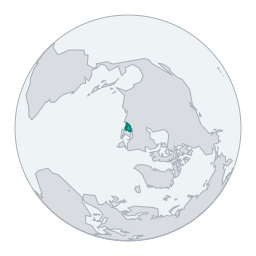 the Earth from above Maine, rotated 135°
{"feature_id": "USA-3561", "entity_name": "Maine", "entity_type": "State", "adm_level": 1, "iso_a3": "USA", "parent_name": "United States of America", "parent_adm1": "", "projection": "orthographic", "projection_center": [-68.954, 45.272], "detail": "fine", "context": "on_globe", "style": "filled", "palette": "teal", "viewbox_px": 256, "rotation_deg": 135, "n_neighbors": 0, "source": "natural_earth", "source_scale": "10m", "svg_char_len": 11512}
<svg xmlns="http://www.w3.org/2000/svg" viewBox="0 0 256 256"><g transform="rotate(135 128 128)"><circle cx="128" cy="128" r="113" fill="#eef3f6" stroke="#a8b0b8"/><path d="M120.7,240.4L122.5,240.4L120.3,240.3L120.7,239.4L123.9,238.0L125.8,230.1L123.3,228.0L114.6,224.9L104.1,214.2L106.9,210.2L104.6,207.7L112.0,201.7L110.1,194.7L107.5,193.4L104.9,195.7L96.1,189.8L93.2,183.6L67.4,165.7L65.0,161.4L65.4,156.2L59.3,133.6L60.8,152.7L57.9,147.8L56.2,140.2L57.8,139.6L57.5,129.4L55.3,123.8L57.3,111.3L65.9,99.0L66.3,102.2L68.3,99.1L68.0,94.9L67.4,93.0L74.0,78.5L74.4,66.7L70.7,65.1L74.5,64.1L65.0,62.7L62.8,58.8L67.6,62.0L69.9,61.5L69.5,58.1L71.8,56.9L72.9,54.6L75.6,53.5L78.2,55.8L80.0,55.2L79.7,52.9L82.2,50.5L82.4,54.0L86.8,50.3L92.0,53.9L90.5,65.0L95.7,67.0L100.2,78.4L102.1,76.7L105.0,80.4L108.2,79.8L108.1,82.4L110.8,79.8L110.3,77.6L111.3,75.9L113.1,75.4L113.4,78.5L112.4,79.1L113.5,79.8L112.8,81.6L114.2,80.5L114.2,84.4L117.0,79.9L119.3,82.6L118.6,85.4L115.0,85.7L104.6,93.9L102.8,97.3L103.7,101.4L113.2,107.4L112.7,111.1L114.6,115.4L116.5,113.0L115.7,108.8L119.8,105.6L118.3,101.1L119.8,99.2L119.7,94.5L123.6,94.6L127.4,97.3L127.7,101.3L129.4,102.8L132.2,98.6L135.8,106.0L143.4,111.1L143.9,113.2L139.2,117.6L131.2,118.2L125.1,124.9L133.0,120.1L134.1,125.9L135.9,126.8L138.1,126.3L139.3,124.0L140.5,126.0L133.1,131.3L131.9,129.5L134.3,127.8L130.5,128.2L125.6,132.3L126.5,135.1L118.0,138.9L118.6,141.1L117.1,143.3L116.8,139.5L117.2,146.6L107.4,153.3L107.8,165.2L103.1,155.5L98.9,153.7L93.7,152.9L93.6,154.9L86.8,151.8L80.4,154.0L77.7,162.5L79.7,169.9L87.3,172.3L89.8,169.2L95.5,169.6L91.0,178.6L100.9,181.9L99.7,188.6L102.5,192.5L107.5,192.3L112.7,194.5L116.5,190.9L122.6,189.0L122.7,194.4L126.1,189.5L129.5,192.1L141.6,191.3L140.7,192.6L150.9,197.7L162.0,198.2L164.6,201.2L163.3,203.7L167.1,203.4L167.2,204.7L182.5,201.9L190.2,201.8L189.9,206.1L183.3,213.2L177.1,223.2L165.1,229.0L161.9,232.0L152.3,236.5L145.1,237.5L147.0,238.2L142.8,239.1L138.1,239.6L137.2,240.1L133.7,240.3L135.9,240.3L131.9,240.6L120.7,240.4ZM21.6,106.6L22.5,104.6L22.1,107.0L21.6,106.6ZM22.9,102.6L22.6,103.5L22.9,102.6L22.9,102.6ZM23.0,101.5L23.0,102.3L23.0,101.6L23.0,101.5ZM23.1,100.3L23.1,100.9L23.1,100.3ZM107.1,169.0L118.4,175.3L111.8,175.5L113.1,174.6L110.2,172.1L104.9,169.5L99.2,169.8L107.1,169.0ZM23.5,97.8L23.6,97.1L23.7,97.5L23.5,97.8ZM112.5,163.2L110.5,162.6L112.5,162.8L112.5,163.2ZM66.7,92.4L67.8,95.0L67.2,99.4L66.0,97.3L66.7,92.4ZM68.1,84.5L69.3,85.2L66.9,88.2L67.0,86.9L68.1,84.5ZM67.6,64.4L68.1,66.2L66.8,64.9L67.6,64.4ZM72.6,54.5L71.7,54.4L72.7,53.3L72.6,54.5ZM117.5,94.8L118.6,94.7L118.1,95.6L117.5,94.8ZM116.5,93.0L115.2,94.2L114.5,93.5L115.3,92.7L116.5,93.0ZM77.7,50.7L79.5,49.1L78.1,51.1L77.7,50.7ZM118.4,91.7L113.4,92.1L112.3,90.9L114.5,87.2L118.4,91.7ZM80.8,48.4L85.1,44.6L83.5,44.0L90.3,43.7L84.4,46.9L83.0,49.4L82.5,48.1L80.8,48.4ZM109.3,77.2L110.0,79.4L107.7,78.0L109.3,77.2ZM107.6,76.7L99.2,75.2L99.1,71.7L102.0,72.9L100.5,68.9L104.6,68.0L106.4,69.9L105.6,72.3L107.7,70.1L107.6,76.7ZM93.3,44.2L94.7,43.8L93.7,44.7L93.3,44.2ZM111.5,75.0L109.8,75.0L109.6,72.0L113.0,71.6L112.0,72.7L111.5,75.0ZM98.1,68.4L98.6,66.2L102.1,64.8L102.7,63.8L104.7,67.7L98.1,68.4ZM113.0,73.1L114.7,71.5L116.5,72.5L113.1,74.9L113.0,73.1ZM108.2,71.4L108.3,70.0L109.3,70.6L108.2,71.4ZM123.8,75.7L121.7,75.5L121.5,73.9L123.8,75.7ZM115.3,70.8L114.6,70.5L114.3,69.9L115.8,69.0L115.3,70.8ZM107.0,66.5L108.4,66.4L106.4,64.8L108.9,63.8L109.8,66.6L110.5,65.0L111.2,64.7L111.1,67.3L107.0,66.5ZM116.3,66.4L118.3,69.9L122.1,70.5L122.5,71.9L116.3,70.7L116.3,66.4ZM113.3,66.7L115.2,66.8L114.7,68.4L112.9,69.4L113.3,66.7ZM110.3,62.2L106.2,63.0L106.2,62.4L110.3,62.2ZM117.6,66.3L117.0,65.5L117.9,66.1L117.6,66.3ZM112.7,63.0L111.2,63.4L111.2,62.7L112.7,63.0ZM117.2,63.6L117.9,64.7L116.7,65.3L117.2,63.6ZM115.2,63.1L115.6,62.0L115.9,64.9L114.6,63.4L115.2,63.1ZM112.9,62.3L112.4,62.0L113.5,62.3L112.9,62.3ZM121.2,60.8L122.0,64.3L119.4,65.6L119.0,62.0L121.2,60.8ZM213.2,54.3L213.8,55.1L213.1,54.6L215.0,57.0L216.1,57.8L222.5,66.7L228.0,76.2L224.6,74.1L223.3,72.4L223.2,72.3L223.0,72.1L225.3,75.4L223.8,74.9L228.5,78.1L230.4,81.2L233.8,89.4L236.5,97.8L238.5,106.4L239.9,115.1L240.6,123.9L240.5,132.7L239.8,141.5L238.4,150.3L238.1,146.5L238.3,139.3L237.6,138.7L236.4,143.0L235.2,142.2L234.3,144.4L226.2,160.7L222.1,161.5L213.1,156.2L213.3,149.3L210.3,144.2L209.5,111.1L212.6,108.1L215.7,92.6L216.7,91.5L220.0,96.3L225.2,90.4L222.6,84.4L223.8,77.9L222.2,72.1L215.2,63.9L217.8,73.3L214.6,72.1L209.7,62.1L207.0,54.5L205.7,53.8L204.4,56.5L200.7,52.9L203.6,57.4L204.7,56.9L206.5,59.9L205.6,60.5L204.4,59.1L204.3,61.2L210.4,67.6L212.2,67.8L213.9,75.1L217.1,76.3L218.6,79.3L213.9,78.5L212.0,76.8L205.9,78.9L208.0,81.3L214.0,79.6L213.5,81.0L216.4,84.6L213.8,83.0L206.7,84.6L206.3,91.9L211.0,105.9L209.7,110.3L206.1,112.4L199.0,103.5L202.9,94.9L200.4,92.0L195.0,91.3L196.7,88.9L195.0,87.7L196.0,84.5L192.9,78.1L193.3,74.9L187.7,70.8L187.1,68.7L190.6,71.7L193.2,72.1L193.5,64.7L192.3,62.7L188.7,60.8L189.2,59.2L185.7,58.3L183.7,53.7L183.1,58.7L178.8,56.9L175.3,53.5L173.7,54.0L179.5,59.6L181.9,61.1L184.1,60.9L190.6,66.2L191.4,69.2L184.2,67.3L184.6,71.4L178.9,68.4L166.8,54.5L164.0,49.8L168.6,44.3L171.7,45.9L171.7,48.6L175.7,47.1L173.5,46.7L173.9,45.5L170.0,43.8L170.1,42.9L166.0,43.1L165.8,41.7L168.3,41.7L162.2,38.5L160.4,35.8L159.0,35.5L157.9,36.0L156.4,32.5L155.4,32.5L155.5,33.6L153.6,34.4L149.6,34.6L149.3,33.3L150.7,33.1L153.2,30.9L156.9,30.7L156.4,30.2L153.1,30.1L150.0,32.8L147.7,33.2L148.7,31.7L148.2,32.3L146.9,32.2L145.4,30.9L144.1,32.5L130.8,33.6L126.5,31.6L128.9,29.9L119.3,30.2L115.2,28.4L115.3,29.4L110.8,30.6L112.0,31.1L111.7,31.7L100.6,35.5L97.7,35.7L93.1,39.0L93.1,39.6L95.0,39.6L90.3,43.7L83.5,44.0L83.8,42.6L79.4,44.0L80.5,40.8L79.4,38.9L83.1,35.0L81.9,34.1L80.4,34.8L77.6,34.2L77.2,31.2L84.5,30.6L86.3,35.7L86.1,33.2L88.3,33.0L89.5,31.6L89.2,30.1L87.9,30.4L98.0,24.8L101.5,21.1L96.2,22.7L93.2,23.0L92.5,21.5L98.5,19.3L106.2,17.5L114.0,16.2L121.8,15.5L129.7,15.4L137.6,15.8L145.5,16.7L153.2,18.2L160.9,20.3L168.4,22.8L175.6,25.9L182.7,29.5L189.5,33.6L195.9,38.1L202.1,43.1L207.8,48.5L213.2,54.3ZM213.7,124.5L214.6,126.3L213.7,124.5ZM206.7,49.7L203.4,45.5L200.3,44.2L198.8,42.5L198.3,42.8L200.1,44.1L198.3,44.6L195.2,41.8L193.3,41.2L194.4,42.6L200.3,47.7L202.9,46.8L205.6,49.2L206.7,49.7ZM142.0,191.2L143.5,192.1L141.5,192.3L142.0,191.2ZM110.8,177.8L113.2,178.2L114.5,179.2L112.6,179.3L110.8,177.8ZM131.5,178.7L134.3,179.1L131.3,179.7L131.5,178.7ZM120.2,176.0L129.2,178.5L123.4,180.2L117.7,178.7L121.7,178.3L120.2,176.0ZM111.2,166.8L112.7,167.4L112.2,168.5L111.2,166.8ZM113.9,163.4L113.3,163.4L112.6,162.4L113.9,163.4ZM134.5,125.6L135.1,125.3L137.4,125.3L136.3,126.3L134.5,125.6ZM147.5,119.8L149.2,123.2L147.2,121.4L146.0,123.3L140.5,122.1L143.8,114.2L143.3,117.9L147.5,119.8ZM134.0,118.6L137.2,120.1L133.6,118.8L134.0,118.6ZM184.5,84.9L186.4,84.3L188.1,86.4L187.7,91.2L185.1,88.1L184.5,84.9ZM188.5,83.0L181.5,80.1L181.5,77.3L182.7,79.3L183.4,77.7L185.5,80.6L192.3,81.0L194.4,82.9L192.4,90.3L191.9,86.7L190.2,87.4L188.5,83.0ZM163.7,80.0L160.7,79.3L164.6,73.9L167.0,75.2L166.7,79.9L163.7,81.1L163.7,80.0ZM123.3,85.3L121.9,85.8L121.8,84.9L123.0,83.7L123.3,85.3ZM122.8,75.7L129.4,82.3L128.1,83.2L133.5,86.3L132.2,89.8L128.7,87.6L131.8,92.9L128.1,92.3L130.6,95.7L123.1,90.4L119.9,90.3L123.9,89.0L125.2,85.7L124.8,84.3L121.4,80.2L115.3,78.6L115.5,75.3L117.4,73.4L118.9,73.2L118.2,75.4L120.7,73.7L120.9,76.7L122.8,75.7ZM138.6,56.1L137.2,58.1L142.3,56.3L142.5,58.9L143.1,58.5L144.6,60.4L147.6,62.2L147.1,63.4L148.5,63.6L149.5,65.0L151.2,65.7L151.0,68.2L153.1,69.3L151.8,69.9L155.4,71.2L152.7,71.4L153.8,73.3L155.8,72.1L150.8,84.9L150.8,90.5L152.2,95.3L147.4,95.2L142.9,90.9L139.3,84.9L140.0,79.7L137.7,80.7L137.3,78.6L139.3,78.6L136.0,77.3L136.3,75.6L133.1,70.9L128.2,70.3L126.9,68.7L128.9,68.1L126.2,67.0L129.2,64.8L128.3,63.6L130.4,60.5L134.8,60.1L133.5,58.9L134.9,56.6L138.6,56.1ZM121.9,59.9L127.1,58.7L129.8,59.6L125.1,64.8L125.5,66.1L122.6,69.8L118.8,68.5L119.9,67.5L120.2,66.3L121.3,67.2L120.6,65.6L122.2,64.3L122.1,62.8L123.8,62.7L121.9,59.9ZM215.6,88.3L216.0,87.2L216.1,85.0L217.9,87.4L215.6,88.3ZM210.9,89.5L210.9,88.1L213.6,90.2L213.2,91.5L210.9,89.5ZM208.7,85.8L210.7,87.9L209.4,87.5L208.7,85.8ZM190.4,70.4L190.1,68.9L190.9,69.2L192.1,70.4L190.4,70.4ZM153.6,52.1L152.4,52.9L151.8,52.4L147.9,52.7L147.4,50.9L149.6,50.1L153.6,52.1ZM217.0,66.6L218.7,69.4L218.4,69.7L217.9,68.6L217.0,66.6ZM219.4,78.7L219.9,76.7L219.9,79.4L219.4,78.7ZM152.5,50.2L150.9,50.5L151.7,49.4L152.5,50.2ZM146.9,49.6L147.3,48.4L146.9,50.7L146.9,49.6ZM146.2,37.0L152.2,38.5L156.2,38.8L157.9,37.5L158.0,40.1L151.9,39.7L146.2,37.0ZM132.7,34.1L131.2,35.5L130.2,34.7L130.4,34.2L132.7,34.1ZM133.0,35.1L134.4,37.2L132.5,37.9L131.8,36.0L133.0,35.1ZM143.7,43.2L145.5,43.7L144.9,44.5L143.7,43.2ZM86.3,23.4L85.3,23.8L84.5,24.1L86.3,23.4ZM87.3,23.0L87.5,23.3L82.7,25.3L81.5,25.6L83.5,24.6L85.9,23.6L87.3,23.0ZM86.1,24.1L88.5,23.2L93.7,23.3L93.6,23.9L87.1,24.4L88.9,23.7L88.5,23.4L86.1,24.1ZM94.2,43.2L94.7,43.7L93.5,43.7L94.2,43.2ZM112.5,32.0L111.9,32.8L110.5,32.6L112.5,32.0ZM109.5,35.0L111.4,34.6L109.5,35.5L109.5,35.0ZM115.8,33.7L112.3,34.7L115.5,33.0L115.8,33.7Z" fill="#d9dde1" stroke="#a8b0b8" stroke-width="1"/><path d="M125.1,127.9L125.3,128.0L125.3,127.9L125.4,127.7L125.5,127.7L125.6,127.4L125.8,127.2L126.0,127.1L126.0,126.9L126.2,126.7L126.1,126.4L126.2,126.2L126.3,126.0L126.3,125.9L126.5,125.7L126.6,125.2L127.6,123.7L127.8,123.8L127.8,124.0L128.1,124.2L128.3,124.1L128.5,124.0L128.8,124.0L128.8,123.9L129.0,123.9L129.1,124.0L129.3,124.2L129.4,124.3L129.5,124.4L129.6,126.6L129.6,126.8L129.6,127.0L129.9,127.3L130.1,127.3L130.1,127.5L130.1,127.8L130.1,128.0L130.3,128.2L130.5,128.2L130.4,128.2L130.5,128.2L130.5,128.3L130.7,128.6L130.4,128.7L130.5,128.8L130.6,128.7L130.6,128.9L130.6,128.7L130.7,128.8L130.8,128.9L130.7,129.0L130.4,129.2L130.5,129.2L130.4,129.2L130.2,129.1L130.2,129.3L130.1,129.2L130.1,129.3L130.0,129.2L130.0,129.3L130.0,129.2L129.9,129.3L129.7,129.5L129.7,129.4L129.6,129.5L129.6,129.4L129.6,129.5L129.4,129.7L129.5,129.5L129.4,129.6L129.3,129.8L129.2,129.8L129.2,129.7L128.9,129.5L129.0,129.5L128.9,129.6L129.0,129.6L128.8,129.6L128.7,129.7L128.6,129.8L128.6,130.0L128.5,129.9L128.4,129.9L128.2,129.9L128.3,129.8L128.3,129.7L128.2,129.7L128.3,129.4L128.2,129.4L128.2,129.6L128.0,129.8L127.9,129.9L127.8,130.2L127.8,130.3L127.7,130.5L127.4,130.6L127.4,130.4L127.4,130.5L127.2,130.8L127.2,130.7L127.2,130.8L127.2,130.7L127.1,130.8L127.0,130.7L127.1,130.4L126.9,130.7L126.9,130.8L126.9,131.0L126.8,130.5L126.8,130.4L126.7,130.5L126.8,130.5L126.8,131.0L126.7,131.1L126.7,130.9L126.7,130.7L126.7,130.8L126.5,131.0L126.6,130.8L126.5,131.0L126.6,130.8L126.4,130.8L126.3,131.0L126.2,131.0L126.2,131.3L126.0,131.5L125.9,131.8L125.7,131.9L125.7,132.0L125.5,132.3L125.5,132.2L125.4,132.2L125.4,132.3L125.3,132.1L125.3,131.9L125.1,131.7L125.1,131.3L125.1,127.9ZM129.0,129.7L129.1,129.8L128.9,129.9L128.9,130.0L128.7,130.0L128.8,129.9L128.7,129.9L128.8,129.8L128.8,129.7L129.0,129.6L129.0,129.7ZM128.4,130.0L128.5,130.0L128.4,130.1L128.5,130.2L128.4,130.2L128.4,130.0ZM128.1,130.3L128.3,130.3L128.2,130.4L128.1,130.3ZM128.2,130.2L128.1,130.3L128.1,130.2L128.0,130.3L128.0,130.2L128.2,130.2ZM128.8,130.2L128.7,130.2L128.8,130.1L128.8,130.2ZM128.5,130.3L128.5,130.5L128.4,130.5L128.4,130.4L128.5,130.3L128.5,130.3ZM128.1,129.7L128.1,129.8L128.1,129.7ZM127.0,130.6L126.9,130.7L126.9,130.8L126.9,130.7L127.0,130.6L127.0,130.6ZM128.0,130.0L128.0,129.9L128.0,130.0ZM130.3,129.2L130.4,129.3L130.3,129.2Z" fill="#14b8a6" stroke="#0f766e" stroke-width="1.5"/></g></svg>